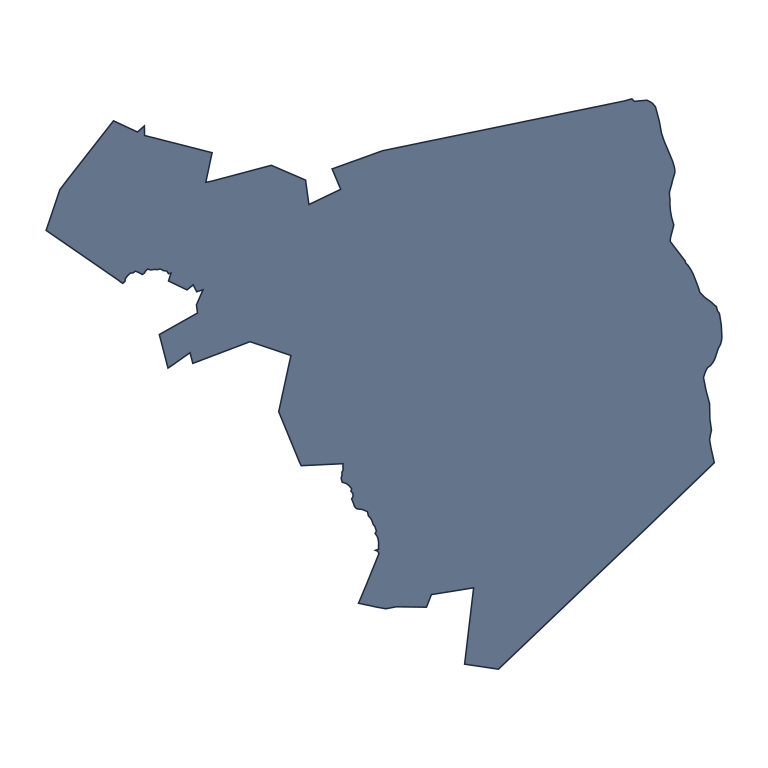 outline of Pimenteiras, Piauí, Brazil
{"feature_id": "56859067B57071973654521", "entity_name": "Pimenteiras", "entity_type": "district", "adm_level": 2, "iso_a3": "BRA", "parent_name": "Brazil", "parent_adm1": "Piauí", "projection": "robinson", "projection_center": [-41.189, -6.401], "detail": "fine", "context": "isolated", "style": "filled", "palette": "slate", "viewbox_px": 768, "rotation_deg": 0, "n_neighbors": 0, "source": "geoboundaries", "source_scale": "gbopen_adm2", "svg_char_len": 2276}
<svg xmlns="http://www.w3.org/2000/svg" viewBox="0 0 768 768"><path d="M118.4,280.2L120.6,282.0L122.8,283.4L125.0,281.3L125.6,278.1L127.8,275.5L130.4,273.1L133.1,272.9L135.3,271.2L137.9,272.1L139.8,273.1L142.4,274.5L144.4,273.1L145.7,270.9L147.6,269.1L150.8,270.0L154.4,269.4L157.2,269.7L160.2,268.9L163.5,270.7L166.7,271.0L168.5,273.7L171.0,273.1L168.5,281.0L187.0,289.9L193.2,284.9L196.7,291.8L203.0,289.8L196.4,304.9L197.5,313.0L159.3,334.5L168.0,368.1L172.6,365.0L190.0,352.7L192.8,363.4L250.0,341.7L287.7,354.4L290.9,355.5L283.7,388.6L281.0,401.1L278.7,411.7L299.4,462.0L301.2,465.7L343.0,463.7L342.9,466.3L343.1,470.2L341.9,472.1L342.0,475.2L341.1,478.2L342.2,482.2L346.3,483.5L349.1,485.7L351.6,488.6L350.9,491.1L353.0,493.6L352.9,496.9L351.6,498.9L353.4,503.2L354.4,506.3L356.4,508.6L358.5,509.1L362.0,509.4L367.4,511.6L368.4,515.9L370.3,517.9L371.8,520.4L373.2,524.5L374.9,526.5L376.4,531.2L375.1,533.4L377.2,536.4L378.1,539.1L378.6,542.3L378.5,546.2L378.6,549.1L375.4,550.3L377.8,551.3L378.9,553.6L366.4,584.5L358.5,603.3L372.1,606.1L374.0,606.6L385.8,608.8L396.2,606.8L426.5,607.2L431.4,594.6L473.6,587.8L464.6,664.2L498.4,669.2L568.9,602.0L634.6,539.4L646.8,527.8L714.3,462.7L711.0,447.9L709.6,439.7L710.4,434.9L711.5,430.2L711.0,426.8L709.9,419.1L709.6,403.9L708.7,400.3L706.1,390.7L703.5,377.5L705.4,371.7L707.5,367.6L710.4,365.6L712.7,362.8L714.1,360.4L715.3,357.7L718.2,348.7L720.6,344.2L721.6,340.2L721.9,336.6L721.3,325.0L719.9,316.1L719.4,313.4L717.4,310.7L716.4,306.5L714.6,305.3L711.4,302.2L704.6,297.3L699.8,292.3L698.7,288.4L695.1,278.9L693.0,273.7L690.6,269.2L688.1,265.5L685.7,263.0L685.1,260.8L682.7,257.8L670.2,241.4L670.5,237.9L673.8,225.0L671.6,217.3L670.5,211.1L670.0,205.5L669.9,202.5L670.0,199.1L669.5,195.9L669.5,191.9L671.6,184.6L672.4,181.1L674.8,173.0L674.9,170.4L674.3,166.8L672.6,161.1L666.5,146.6L664.0,140.7L661.4,132.8L659.4,121.4L655.5,106.9L652.6,103.4L650.2,101.8L646.9,100.2L634.3,101.3L631.8,98.8L625.1,100.8L573.0,111.5L569.1,112.3L498.8,126.8L429.0,141.1L382.6,150.7L332.1,168.9L340.7,189.3L308.9,204.5L305.6,180.1L288.4,172.7L271.3,165.3L211.9,181.1L205.8,182.3L212.1,152.7L144.6,135.5L144.4,125.9L137.4,132.0L113.5,120.8L68.4,178.4L59.9,189.6L46.1,230.4L118.4,280.2Z" fill="#64748b" stroke="#1e293b" stroke-width="1.5"/></svg>